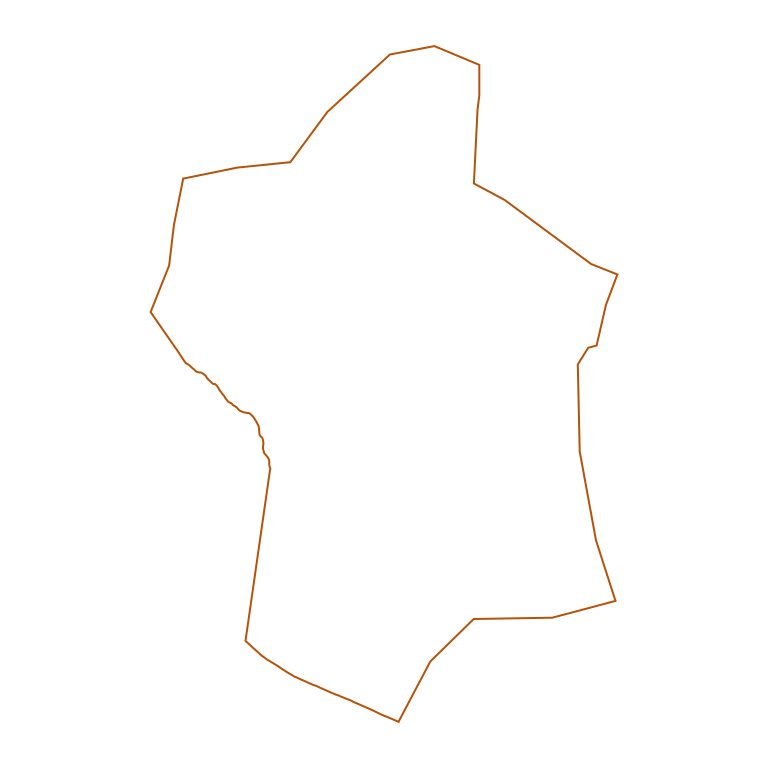 Sergelen, Dornod, Mongolia (Albers equal-area conic projection)
{"feature_id": "93677404B97981433567670", "entity_name": "Sergelen", "entity_type": "district", "adm_level": 2, "iso_a3": "MNG", "parent_name": "Mongolia", "parent_adm1": "Dornod", "projection": "albers", "projection_center": [113.887, 48.634], "detail": "fine", "context": "isolated", "style": "outline", "palette": "amber", "viewbox_px": 768, "rotation_deg": 0, "n_neighbors": 0, "source": "geoboundaries", "source_scale": "gbopen_adm2", "svg_char_len": 2295}
<svg xmlns="http://www.w3.org/2000/svg" viewBox="0 0 768 768"><path d="M169.1,265.6L150.6,312.1L177.5,350.8L185.1,362.3L185.6,362.9L187.0,363.8L188.0,364.4L189.1,365.1L190.5,366.3L191.6,367.4L192.4,368.1L193.2,368.7L194.0,369.4L194.7,370.1L195.6,371.0L196.7,371.8L197.8,372.2L199.0,372.4L200.6,372.5L201.4,372.8L202.7,373.5L203.9,374.3L205.0,375.2L205.9,376.0L206.3,376.9L206.9,377.9L207.9,379.0L208.6,379.8L209.7,380.8L210.6,381.6L211.9,382.9L212.8,383.7L213.7,384.0L214.8,384.1L215.6,384.4L216.3,385.1L217.1,386.1L217.8,387.2L218.5,388.2L219.1,389.3L219.6,390.2L220.4,391.2L221.2,392.3L222.4,394.0L223.8,395.6L224.4,396.4L225.0,397.5L225.9,398.8L226.8,400.0L227.5,400.9L228.0,401.5L229.0,402.3L230.2,402.7L231.3,403.4L232.2,404.1L232.8,405.0L233.5,405.4L234.6,406.0L235.6,406.7L236.7,407.5L237.4,408.2L237.8,408.8L238.7,409.7L239.5,410.5L240.5,411.0L241.5,411.4L242.7,412.0L243.9,412.3L244.9,412.5L245.7,412.7L246.8,412.9L247.6,413.0L248.4,413.0L249.6,413.4L250.3,414.0L251.1,414.7L252.0,415.6L252.6,416.1L253.4,417.1L254.2,418.2L254.7,419.2L256.0,421.1L257.1,423.1L258.3,425.5L258.8,426.9L258.8,427.5L259.1,428.3L259.1,429.2L259.1,430.4L259.4,432.0L259.3,432.8L259.4,433.7L259.7,434.9L260.1,435.7L260.8,436.6L261.8,437.4L262.3,437.9L262.9,439.8L263.3,441.8L263.4,444.2L263.1,445.8L262.9,447.1L263.0,448.7L263.3,449.7L263.6,451.0L263.9,452.4L264.3,453.3L265.2,454.3L265.9,455.1L266.5,455.8L267.1,456.6L268.0,457.7L268.5,458.7L269.0,459.7L269.2,460.7L269.3,462.5L269.2,464.1L269.4,465.9L269.7,467.1L270.4,469.1L269.9,470.7L245.5,640.9L260.8,654.9L267.0,659.5L270.9,661.8L274.3,663.9L276.7,665.3L282.6,669.3L287.2,672.3L290.3,674.1L294.2,676.5L297.2,677.7L300.5,679.3L304.3,680.9L309.1,683.1L313.2,684.9L317.0,686.2L319.8,687.6L329.9,692.1L331.5,692.8L332.8,693.3L336.1,694.7L339.0,695.6L339.8,696.1L340.8,696.5L347.2,699.1L350.6,700.3L353.0,701.7L364.9,706.9L373.1,710.5L377.3,712.6L380.7,714.3L391.4,718.7L398.7,721.9L398.9,721.1L430.3,661.5L473.7,619.0L552.2,617.7L615.5,600.9L596.0,540.4L579.7,451.4L577.8,364.4L588.2,347.8L596.6,345.5L606.0,304.7L617.4,274.5L591.1,264.0L567.3,246.4L504.7,200.0L473.9,183.5L477.5,110.1L479.3,95.5L479.3,64.9L434.4,46.1L389.9,54.5L327.3,112.0L290.3,162.2L237.2,167.6L183.2,178.6L173.9,225.1L169.1,265.6Z" fill="none" stroke="#b45309" stroke-width="2"/></svg>